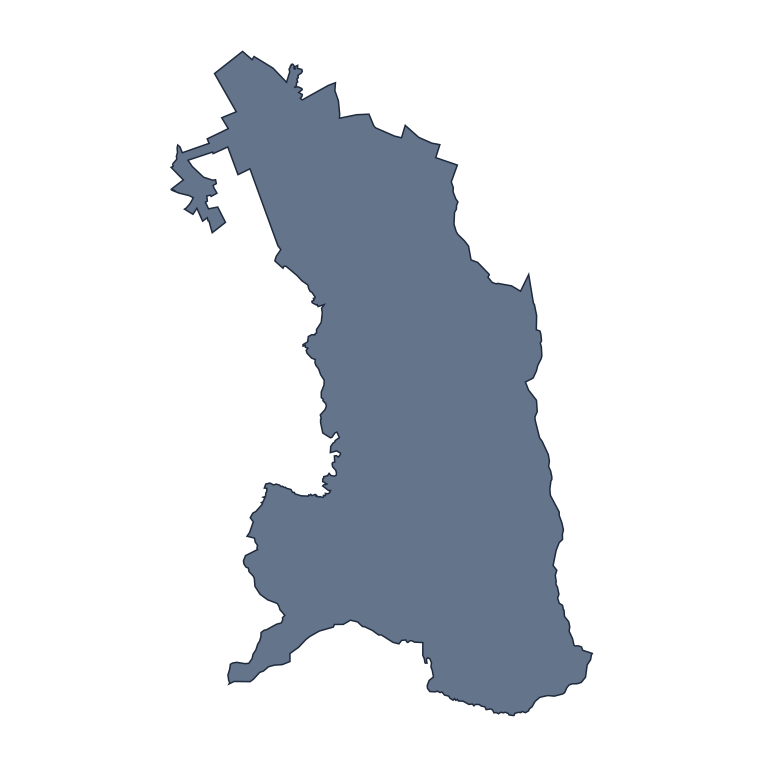 the district of Sanzieni, Covasna, Romania, rotated 185°
{"feature_id": "2599482B84054601093949", "entity_name": "Sanzieni", "entity_type": "district", "adm_level": 2, "iso_a3": "ROU", "parent_name": "Romania", "parent_adm1": "Covasna", "projection": "orthographic", "projection_center": [26.129, 46.084], "detail": "fine", "context": "isolated", "style": "filled", "palette": "slate", "viewbox_px": 768, "rotation_deg": 185, "n_neighbors": 0, "source": "geoboundaries", "source_scale": "gbopen_adm2", "svg_char_len": 6098}
<svg xmlns="http://www.w3.org/2000/svg" viewBox="0 0 768 768"><g transform="rotate(185 384 384)"><path d="M611.3,558.3L605.0,556.3L594.5,554.7L590.2,552.9L592.9,546.9L596.3,542.1L598.0,540.8L589.1,536.4L585.7,542.7L578.9,530.4L574.5,534.2L573.5,531.2L572.5,530.9L568.3,519.7L556.0,531.2L565.1,545.8L574.1,543.2L577.7,549.6L575.9,550.7L576.9,555.9L573.4,557.0L572.6,555.8L567.0,559.5L570.9,565.1L571.4,567.1L568.5,569.0L569.6,572.8L572.4,572.1L581.8,574.3L593.9,583.9L598.8,589.8L575.0,600.1L574.3,598.6L560.3,606.5L547.7,579.8L536.3,586.7L501.7,512.4L498.5,508.9L502.5,501.8L503.5,497.1L494.7,490.5L494.0,492.6L491.8,492.7L480.1,484.5L474.8,479.7L468.5,476.0L467.4,472.6L465.6,469.8L463.9,469.1L460.4,464.9L460.1,463.9L461.8,463.1L461.0,461.6L463.1,460.1L462.6,458.7L458.2,456.8L457.4,457.3L456.4,455.4L450.5,457.9L452.8,454.0L451.7,449.5L451.9,440.0L456.0,432.2L455.6,428.9L456.9,428.3L457.1,427.0L460.3,426.8L463.5,424.7L463.8,419.3L468.1,416.2L468.0,414.7L465.8,415.6L465.6,413.8L463.0,413.1L464.5,410.7L463.3,407.9L458.3,403.4L454.6,402.4L454.7,399.4L453.5,396.7L450.4,393.2L447.9,387.7L443.9,382.6L443.7,377.7L445.8,370.5L445.3,365.0L443.2,363.5L443.4,362.0L440.4,359.4L439.5,357.1L440.4,353.5L444.8,347.6L443.5,344.4L444.1,343.5L443.8,340.0L440.7,329.8L432.6,325.7L431.1,326.4L428.6,331.0L426.7,332.0L423.8,326.7L427.7,323.4L428.0,321.8L429.7,320.6L431.6,317.2L431.5,311.0L425.3,313.2L421.3,311.3L421.3,310.0L423.1,307.2L425.2,308.5L427.2,308.0L426.3,302.0L428.2,301.3L428.8,299.9L427.9,297.0L424.5,293.7L423.6,291.2L423.7,288.8L425.5,287.9L428.8,288.2L430.9,290.2L432.3,287.7L435.9,286.5L435.8,285.3L436.7,284.1L436.6,281.4L434.5,280.8L433.7,279.7L431.5,279.4L435.0,278.5L436.2,277.1L429.9,273.0L428.0,273.2L429.0,270.6L430.1,269.8L432.9,269.9L432.6,267.8L434.6,267.7L434.4,266.2L435.7,265.7L437.9,266.3L439.4,265.7L440.8,266.6L441.7,266.1L442.2,266.7L441.9,267.5L443.0,268.0L446.0,266.5L447.3,267.7L448.3,266.7L449.3,267.0L449.6,265.7L456.8,265.4L463.2,266.8L463.8,268.2L465.7,268.1L467.5,270.8L472.1,271.6L473.1,272.5L474.9,272.3L476.0,273.3L477.7,272.9L479.2,274.2L482.8,274.9L485.1,273.8L489.0,275.4L493.0,274.1L494.2,269.9L491.7,269.8L491.4,266.8L492.2,265.3L492.3,261.6L494.5,260.7L492.8,260.1L494.2,256.3L495.8,255.1L494.6,254.6L495.0,253.3L500.6,245.8L503.4,244.0L505.6,239.1L502.2,235.3L505.0,224.2L507.2,220.4L499.6,219.2L498.5,215.3L496.0,212.4L496.2,209.0L495.5,208.1L507.0,201.0L508.6,195.7L507.9,192.6L505.6,189.6L503.1,188.8L502.1,185.3L497.4,181.1L496.3,179.2L494.9,171.1L489.1,163.7L481.2,158.9L471.3,156.1L469.2,153.3L468.0,150.1L462.6,144.9L464.7,142.4L464.4,139.9L465.5,137.0L470.0,135.4L479.9,128.8L481.9,128.3L484.8,125.7L484.6,121.7L485.5,116.9L487.1,113.9L488.5,107.8L490.8,103.7L491.5,98.9L494.4,93.9L498.2,93.3L506.5,93.9L510.6,92.8L512.6,91.4L512.9,86.3L514.1,80.5L512.9,75.3L511.7,72.9L512.2,71.7L507.4,74.6L491.4,75.8L488.2,78.7L482.7,85.9L479.1,87.5L474.4,92.3L468.5,94.4L460.9,95.6L453.5,99.3L454.2,107.3L446.1,114.3L439.5,122.7L435.7,126.2L426.8,132.3L413.2,137.5L412.5,140.1L403.6,141.0L396.8,145.8L389.6,144.7L384.3,140.5L382.1,140.5L374.1,137.5L367.5,133.5L364.8,133.8L352.5,127.4L346.5,126.4L344.1,130.1L339.9,130.9L338.9,129.1L337.7,128.6L335.9,130.4L334.0,130.7L331.2,129.5L322.8,129.8L321.7,117.1L319.9,113.8L319.1,110.4L318.5,109.5L316.8,109.7L317.8,113.4L316.6,115.1L314.3,114.2L312.4,110.4L312.6,106.3L310.9,102.7L309.2,96.5L313.2,92.6L314.7,87.2L314.1,84.5L311.5,81.6L305.8,81.8L304.2,82.7L301.3,81.5L299.4,82.2L296.6,79.4L292.3,78.7L290.8,76.6L287.6,75.0L286.4,76.8L284.9,75.1L283.3,76.2L282.3,74.7L277.6,74.9L271.5,72.2L268.1,72.9L266.4,71.2L264.9,72.8L261.2,73.0L259.0,71.6L255.3,71.2L253.9,68.5L249.3,69.6L247.4,68.7L245.8,66.0L243.6,66.5L241.1,65.5L239.1,67.2L236.4,66.8L234.5,67.6L231.6,66.6L230.5,65.2L225.9,65.0L225.4,65.3L225.0,67.3L221.2,68.7L219.1,68.5L218.0,69.8L214.4,68.9L211.5,71.0L210.8,73.1L208.3,75.4L205.9,80.9L201.4,85.5L193.7,87.9L187.1,87.9L178.7,90.9L177.0,92.5L175.5,97.2L173.5,100.2L170.3,101.8L165.6,102.2L161.5,103.9L157.7,109.4L157.1,121.9L154.2,127.2L153.8,131.9L153.0,133.7L162.9,136.1L164.3,139.3L167.7,140.1L170.8,139.7L172.0,140.5L174.0,146.8L178.0,153.8L177.8,158.4L179.3,163.3L183.9,168.1L185.0,174.5L185.7,174.9L186.5,178.2L187.3,179.4L190.2,180.7L192.4,185.8L191.4,189.8L193.5,196.7L195.4,199.7L195.2,202.2L196.7,208.3L195.6,213.5L199.7,217.9L198.0,233.2L195.7,241.2L192.6,244.7L193.2,249.9L192.5,254.2L194.6,261.0L198.0,268.3L198.3,271.7L208.5,287.5L209.6,293.5L209.3,301.9L208.5,303.4L208.7,306.1L210.4,311.8L212.8,316.1L212.5,321.6L214.2,328.1L221.3,340.4L224.3,343.9L230.2,361.0L230.8,364.3L228.9,369.8L230.7,381.1L239.5,390.6L243.3,398.3L236.0,402.9L233.3,410.3L232.5,415.7L229.6,423.0L229.2,425.9L230.5,434.8L231.9,438.4L230.8,440.6L232.1,447.3L233.3,450.4L237.0,451.3L237.9,465.4L241.1,476.3L242.2,477.6L249.4,505.7L256.1,488.3L265.5,492.9L279.7,494.2L280.7,493.5L284.9,494.5L289.8,499.4L288.6,502.0L289.3,502.9L301.3,513.3L308.1,515.2L311.8,528.7L316.1,533.4L323.5,539.5L325.4,542.2L328.2,549.3L328.7,561.2L327.1,564.5L327.3,568.2L326.2,571.8L328.7,574.8L331.9,581.4L332.1,585.8L334.6,591.2L330.0,608.5L352.2,614.0L349.2,627.3L357.4,628.1L370.9,632.7L385.4,643.5L388.0,630.8L395.2,631.9L414.6,638.4L416.6,640.2L422.5,651.5L434.6,649.9L451.6,644.9L451.6,648.6L454.1,662.1L458.5,672.0L458.6,679.9L465.5,676.6L490.2,659.9L492.2,661.2L490.7,663.6L490.6,665.3L494.4,666.9L491.1,670.1L491.7,671.2L494.9,672.4L497.7,672.4L499.3,671.3L497.3,673.4L497.4,676.4L496.3,677.3L497.4,680.2L496.1,681.6L496.7,683.9L493.3,686.7L492.6,688.5L493.3,690.2L497.6,690.9L497.8,693.9L500.5,692.2L500.7,691.4L499.8,690.5L500.3,689.9L501.1,690.2L501.1,692.7L501.9,693.9L503.0,694.7L504.2,694.2L504.0,693.4L505.1,692.5L505.0,691.4L506.0,689.4L505.1,686.6L507.4,676.1L522.1,689.0L542.0,698.9L543.7,695.6L553.9,703.0L579.9,678.5L554.9,642.3L568.9,635.1L561.4,624.8L581.5,612.8L579.2,608.5L605.1,596.8L607.9,602.4L610.3,604.1L610.7,601.2L609.9,596.5L610.7,592.8L610.0,589.9L613.3,585.4L613.6,584.1L613.0,582.4L615.0,581.3L601.7,569.8L612.8,559.6L610.1,558.7L611.3,558.3Z" fill="#64748b" stroke="#1e293b" stroke-width="1.5"/></g></svg>